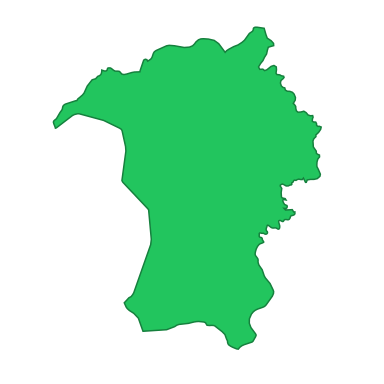 map outline of Tambacounda (Natural Earth projection), rotated 266°
{"feature_id": "SEN-779", "entity_name": "Tambacounda", "entity_type": "Region", "adm_level": 1, "iso_a3": "SEN", "parent_name": "Senegal", "parent_adm1": "", "projection": "natural_earth1", "projection_center": [-13.251, 14.045], "detail": "fine", "context": "isolated", "style": "filled", "palette": "green", "viewbox_px": 384, "rotation_deg": 266, "n_neighbors": 0, "source": "natural_earth", "source_scale": "10m", "svg_char_len": 5069}
<svg xmlns="http://www.w3.org/2000/svg" viewBox="0 0 384 384"><g transform="rotate(266 192 192)"><path d="M310.9,100.2L311.7,103.8L313.9,106.0L314.5,107.8L315.4,109.2L317.0,110.0L318.7,110.4L319.9,110.5L319.3,112.0L318.9,112.9L318.7,113.8L318.9,115.1L319.7,115.9L320.8,116.2L321.6,116.9L321.5,119.0L320.9,120.1L318.8,122.4L318.0,123.7L317.8,125.0L317.7,126.6L317.4,127.9L316.6,128.7L314.6,130.1L313.9,132.3L314.2,134.9L315.4,140.4L315.7,143.0L315.5,148.4L316.9,148.8L326.9,153.0L327.7,154.6L327.2,156.2L325.6,156.9L326.5,158.6L327.5,160.2L328.9,161.4L333.1,163.2L334.6,164.3L335.7,166.2L339.6,176.8L339.9,179.5L339.1,184.7L336.7,194.3L336.7,199.5L337.8,202.8L339.5,204.8L341.5,206.5L343.4,209.1L344.1,211.5L344.1,214.0L343.4,219.1L341.7,224.7L338.1,229.0L329.0,234.8L330.5,236.3L331.9,238.8L334.1,243.7L335.5,248.2L337.9,252.5L339.8,255.0L346.1,260.2L346.7,261.1L347.7,262.9L348.3,263.7L349.4,264.4L350.4,264.5L351.3,264.9L352.0,266.4L351.8,268.6L350.3,275.4L344.0,276.7L340.2,277.8L337.4,281.5L334.6,283.7L332.3,283.7L331.7,280.8L331.1,278.2L328.2,277.1L324.4,276.0L321.3,273.7L318.1,271.9L315.3,269.3L312.1,267.1L309.6,268.2L309.6,271.2L308.0,273.0L308.7,275.2L311.8,279.7L312.5,282.6L310.9,284.8L308.0,284.8L304.6,284.1L303.3,284.8L302.7,287.8L301.7,289.3L301.1,291.5L299.8,291.8L298.6,290.7L297.0,288.5L294.5,287.8L291.6,288.5L290.0,290.0L289.4,291.8L287.2,292.2L285.9,294.1L285.6,296.6L284.4,299.2L282.5,300.7L279.0,301.8L276.5,301.4L274.9,300.3L273.3,299.2L272.1,300.3L270.2,301.4L268.0,301.4L265.7,301.8L264.2,303.3L264.2,306.2L264.8,309.2L263.2,311.4L260.7,313.2L259.8,315.5L259.8,317.7L258.2,318.0L256.6,317.3L254.4,316.9L253.4,318.0L253.1,320.3L251.5,321.0L249.7,321.0L248.7,322.1L248.7,323.6L247.8,325.4L245.5,324.7L242.7,322.5L240.2,319.5L238.6,319.5L236.7,317.3L234.5,316.2L228.5,316.2L226.6,317.3L224.1,318.8L221.9,318.8L220.9,319.9L220.0,321.7L218.1,321.7L216.2,319.9L213.3,318.8L210.2,318.4L208.6,318.4L205.5,319.7L200.8,321.3L198.7,320.7L196.6,317.9L196.1,314.7L196.3,310.9L196.0,307.8L193.7,306.7L193.7,305.9L198.1,304.1L196.7,302.8L196.9,301.1L197.4,299.4L197.0,297.7L196.3,296.5L196.7,295.3L196.6,294.7L196.1,294.2L195.4,293.8L194.7,293.3L194.4,292.5L194.0,292.1L193.4,292.1L192.6,292.1L192.2,291.7L192.1,290.6L191.9,289.7L191.4,288.7L191.4,286.7L191.8,285.7L192.7,284.6L193.7,282.6L192.7,280.6L191.8,280.4L190.6,281.1L189.3,281.8L185.2,280.9L180.8,280.9L179.8,281.6L178.9,284.5L177.5,285.2L178.2,282.5L176.8,281.9L174.7,282.6L173.1,283.5L172.6,284.3L171.9,285.8L170.9,286.0L169.6,285.6L169.0,284.7L169.3,282.6L167.5,284.0L167.4,290.8L164.9,292.1L165.0,293.2L163.7,293.2L163.0,293.1L162.2,292.4L161.9,291.7L161.6,290.8L161.5,289.7L161.2,289.0L160.7,288.6L159.2,288.0L158.1,287.2L157.7,286.5L157.6,285.7L157.9,284.4L158.0,283.6L158.0,282.6L157.6,282.0L157.0,281.6L156.4,281.1L156.2,280.6L156.3,280.0L157.2,278.5L157.5,277.9L157.5,277.1L157.2,276.6L156.6,276.4L155.2,276.5L152.5,277.1L151.8,277.1L151.2,277.1L150.5,277.0L149.8,276.8L149.1,276.3L148.9,275.7L149.0,275.2L149.3,274.7L149.7,274.2L150.0,273.7L150.3,273.2L150.4,272.5L150.4,271.7L150.4,271.0L150.4,270.2L150.6,269.6L150.8,269.0L151.1,268.5L153.0,266.3L153.4,265.8L153.6,265.1L153.5,264.8L153.1,264.6L152.0,264.2L150.4,263.5L149.8,263.4L149.2,263.3L148.6,263.5L148.0,263.7L147.1,264.4L146.5,264.5L145.8,264.4L145.1,263.8L144.8,263.1L144.8,262.3L145.0,261.7L145.3,261.2L145.8,260.6L145.8,260.4L145.9,260.0L145.9,258.8L146.3,257.5L146.4,256.7L146.1,256.3L145.6,256.1L144.4,256.1L143.3,255.9L142.7,256.1L142.3,256.4L142.0,257.0L141.9,257.6L141.6,258.2L141.2,258.6L140.6,258.8L139.4,258.9L138.5,259.4L137.1,260.1L136.8,259.9L136.3,258.8L135.6,256.4L135.0,255.3L133.2,253.6L130.7,252.1L127.9,251.1L125.7,250.6L124.2,250.9L122.0,252.3L120.8,253.0L119.6,253.2L117.8,253.0L116.6,253.1L114.4,253.7L109.5,256.6L103.3,258.2L101.2,259.2L95.2,263.5L88.9,266.0L87.1,266.5L85.1,266.2L82.5,264.9L74.7,258.5L73.8,257.7L72.8,256.4L72.1,254.7L70.6,249.2L69.6,246.8L68.2,244.8L66.1,242.8L61.5,240.4L57.1,240.0L52.7,241.3L46.1,245.5L44.8,246.0L43.3,245.4L38.8,242.4L38.1,241.4L36.0,233.2L35.1,230.9L33.7,228.8L32.0,227.2L32.4,225.5L34.3,221.7L35.6,219.6L37.1,217.8L38.2,217.3L39.5,217.0L40.9,217.0L41.5,216.8L42.6,216.3L47.5,214.9L48.0,214.5L50.6,212.3L56.9,205.3L57.2,204.7L57.4,203.8L57.6,202.3L57.6,200.1L58.0,197.8L58.1,197.6L58.6,197.4L59.5,196.9L60.6,196.4L61.0,195.7L61.5,194.7L62.4,189.5L62.4,187.4L62.2,184.9L61.2,179.3L60.8,169.8L60.2,167.6L58.9,165.3L56.4,157.1L56.5,133.4L69.9,129.7L75.0,125.5L78.2,121.2L80.2,119.3L81.8,118.3L86.2,116.7L90.9,121.7L91.9,124.0L93.8,125.7L95.6,126.9L142.3,147.1L147.6,148.1L177.0,147.5L178.2,146.9L206.4,123.8L207.3,123.3L208.4,122.9L237.4,128.9L242.0,128.9L258.2,126.5L259.5,125.8L260.8,124.1L269.6,108.8L277.8,85.2L278.0,84.1L278.0,83.1L277.5,80.2L276.7,78.2L265.4,61.1L265.2,60.2L266.3,60.0L269.7,58.9L271.4,58.6L272.4,59.0L273.2,59.9L274.6,61.9L280.5,65.9L282.4,67.5L283.5,68.3L286.0,69.0L287.2,69.7L288.1,70.9L288.6,72.1L291.1,82.1L291.2,83.5L292.7,84.5L296.3,89.4L298.2,91.2L305.0,94.9L310.9,100.2Z" fill="#22c55e" stroke="#15803d" stroke-width="1.5"/></g></svg>